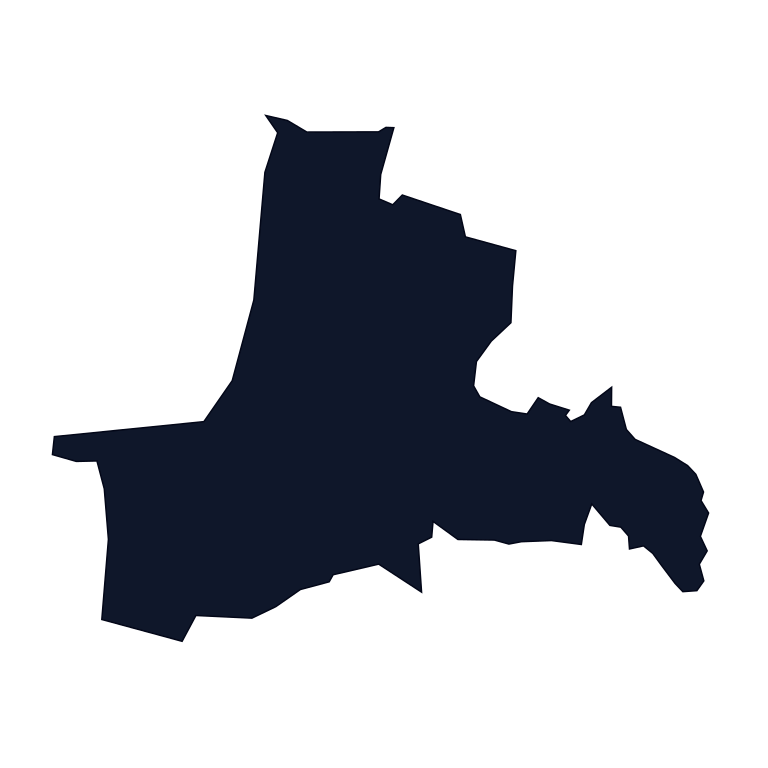 the district of Gijduvan, Bukhoro, Uzbekistan, rotated 272°
{"feature_id": "79887680B42366565573671", "entity_name": "Gijduvan", "entity_type": "district", "adm_level": 2, "iso_a3": "UZB", "parent_name": "Uzbekistan", "parent_adm1": "Bukhoro", "projection": "equal_earth", "projection_center": [64.807, 40.434], "detail": "fine", "context": "isolated", "style": "filled", "palette": "ink", "viewbox_px": 768, "rotation_deg": 272, "n_neighbors": 0, "source": "geoboundaries", "source_scale": "gbopen_adm2", "svg_char_len": 1199}
<svg xmlns="http://www.w3.org/2000/svg" viewBox="0 0 768 768"><g transform="rotate(272 384 384)"><path d="M648.2,256.5L631.4,269.0L591.4,257.6L463.4,251.0L382.0,232.2L340.1,205.3L319.9,56.4L301.9,55.1L295.9,79.2L297.1,99.8L269.5,108.1L219.1,114.0L138.8,110.2L119.8,191.2L146.1,204.1L145.4,260.2L157.7,283.6L175.7,307.6L184.4,336.1L191.6,339.8L203.8,385.0L177.3,428.8L225.4,423.8L232.6,437.0L248.4,437.8L231.2,463.3L231.9,499.8L228.4,514.4L231.2,526.8L233.4,556.8L230.5,586.8L250.6,589.1L271.4,595.8L250.6,614.7L249.2,625.7L240.6,633.7L227.7,635.1L231.3,649.0L224.1,658.5L212.0,668.0L194.8,681.9L186.9,689.9L188.4,703.9L198.4,710.5L214.9,705.4L228.5,712.8L242.8,705.5L266.4,712.9L278.6,704.9L287.2,707.1L304.6,698.8L313.0,690.3L320.7,677.0L337.4,636.9L347.0,627.8L369.0,621.2L369.6,612.1L388.7,611.6L372.6,592.0L360.1,585.3L353.0,571.9L358.9,566.4L364.3,570.1L369.8,550.2L375.7,538.6L359.0,528.1L360.8,512.3L374.5,480.2L385.3,473.6L409.7,475.6L430.6,489.7L449.7,508.7L486.4,509.0L521.8,511.1L533.9,460.2L556.0,454.4L573.5,395.7L563.4,386.5L568.8,372.6L593.3,373.4L640.5,384.9L640.5,377.0L635.8,369.7L633.1,298.1L644.0,278.2L648.2,256.5Z" fill="#0f172a" stroke="#020617" stroke-width="1.5"/></g></svg>